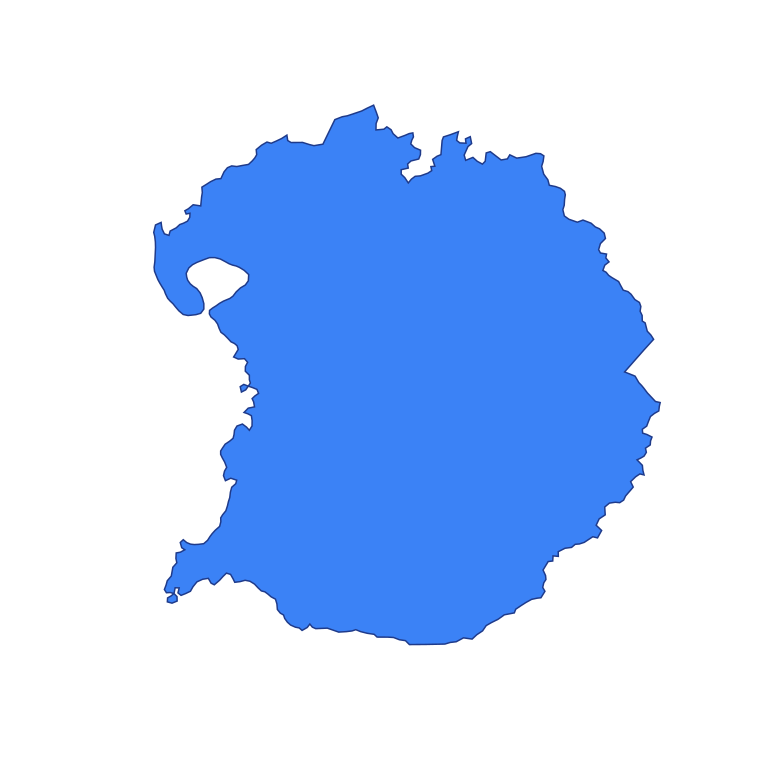 the district of São Mateus do Sul, Paraná, Brazil, rotated 73°
{"feature_id": "56859067B3883184769095", "entity_name": "São Mateus do Sul", "entity_type": "district", "adm_level": 2, "iso_a3": "BRA", "parent_name": "Brazil", "parent_adm1": "Paraná", "projection": "orthographic", "projection_center": [-50.464, -25.928], "detail": "fine", "context": "isolated", "style": "filled", "palette": "blue", "viewbox_px": 768, "rotation_deg": 73, "n_neighbors": 0, "source": "geoboundaries", "source_scale": "gbopen_adm2", "svg_char_len": 5812}
<svg xmlns="http://www.w3.org/2000/svg" viewBox="0 0 768 768"><g transform="rotate(73 384 384)"><path d="M599.8,267.7L595.3,266.4L594.0,258.9L595.1,252.4L593.2,248.0L594.1,243.9L594.0,238.8L591.1,229.0L593.6,224.8L587.7,218.7L581.1,222.4L575.9,217.7L573.8,210.7L566.2,208.9L563.8,203.3L564.7,197.4L566.4,193.3L565.1,188.8L561.7,185.7L559.6,182.4L557.5,179.0L555.4,175.8L549.5,176.7L546.3,170.5L544.8,165.6L547.0,161.9L542.3,161.7L537.3,160.7L530.5,164.2L529.9,160.1L529.0,156.4L526.1,153.1L521.8,152.7L520.1,147.2L516.3,145.7L513.1,143.2L509.2,147.3L506.6,151.0L502.8,150.2L501.1,145.1L497.3,142.2L493.0,138.7L491.2,134.0L490.1,129.1L485.8,127.2L482.5,125.3L480.1,129.5L469.6,134.7L464.1,136.7L460.7,138.1L457.2,139.9L449.9,141.6L442.8,150.4L427.4,125.4L420.1,113.1L415.1,114.5L410.5,116.8L401.9,116.4L399.3,118.6L393.9,117.1L389.3,117.8L384.9,115.7L380.7,115.9L376.6,119.4L370.4,121.5L367.0,123.7L364.2,127.8L358.9,128.9L354.6,129.7L348.9,134.9L345.8,137.4L342.1,138.9L339.4,141.5L334.9,138.1L333.0,133.1L328.3,135.0L324.8,133.2L322.0,138.7L318.3,139.5L313.0,136.0L309.6,129.7L304.1,129.3L298.6,132.5L295.6,136.0L290.8,138.9L285.4,145.8L285.8,151.8L280.5,159.0L276.0,162.4L269.6,162.0L265.8,159.4L260.2,157.3L256.1,155.3L252.5,155.1L248.4,158.1L245.3,162.3L242.3,167.8L236.6,167.6L230.0,169.9L221.9,169.6L217.8,166.8L212.6,164.4L209.5,167.0L207.8,171.3L208.2,181.7L206.8,191.0L201.6,196.7L204.8,200.2L204.0,206.5L192.9,214.4L192.9,218.7L200.6,222.1L202.5,225.6L198.3,229.7L193.3,232.7L194.0,240.5L188.5,240.4L181.5,234.3L179.7,229.9L172.7,229.2L173.4,234.4L177.7,235.2L175.6,241.0L172.3,243.3L168.6,241.5L164.5,239.1L165.0,248.0L165.1,254.9L168.1,257.2L181.3,262.5L181.7,266.7L183.4,271.8L190.6,271.7L189.8,275.6L193.9,276.0L195.2,280.4L195.6,288.3L194.5,293.5L196.1,297.9L198.8,302.0L192.7,303.8L188.4,306.2L184.1,304.9L184.6,297.7L180.5,297.1L178.6,293.0L179.0,285.0L175.3,282.1L171.1,280.7L166.9,285.7L162.2,288.2L158.9,286.1L156.3,283.6L152.3,283.0L151.9,286.7L152.4,291.6L152.8,298.8L147.3,302.1L142.9,302.9L138.9,306.1L140.3,309.6L138.7,317.4L132.6,315.4L127.8,311.7L122.1,311.9L114.3,312.4L115.3,319.5L116.4,325.6L116.8,340.7L116.2,345.8L116.8,353.7L136.8,372.3L135.6,381.3L133.3,385.2L129.2,391.2L125.9,402.3L123.0,404.9L117.6,404.1L119.3,410.1L120.2,416.2L120.8,421.5L118.4,425.2L119.8,431.2L122.5,437.7L127.5,438.7L130.0,441.4L132.1,444.7L134.4,449.4L133.6,455.6L133.0,461.2L130.9,465.9L131.4,470.5L134.3,474.9L139.9,479.9L138.9,484.8L139.8,490.7L141.2,495.6L142.5,500.6L147.9,501.8L151.7,503.7L160.1,507.2L156.8,514.1L159.2,519.8L160.1,523.8L163.6,523.5L164.0,519.6L167.8,521.0L170.8,524.3L171.6,528.8L171.8,532.7L173.9,537.0L175.2,543.8L179.0,546.2L176.2,550.1L171.1,550.9L167.7,550.5L164.3,549.9L165.1,556.0L171.7,559.9L175.8,560.1L181.3,561.1L186.7,562.6L193.7,565.1L199.8,567.3L205.1,569.7L209.1,570.5L213.8,570.1L218.1,569.7L222.0,568.9L226.0,567.9L230.0,566.8L233.8,566.6L238.8,565.8L242.1,564.3L245.6,562.3L248.9,561.0L254.0,558.8L258.8,555.7L261.2,551.4L261.9,547.8L262.7,543.6L262.8,538.6L259.7,534.4L254.5,532.8L248.3,532.6L243.2,533.2L238.0,535.2L234.7,538.0L231.6,540.0L227.4,541.4L224.0,541.4L220.3,540.8L215.9,536.7L213.9,532.2L213.0,527.3L212.4,519.7L212.1,514.0L213.7,508.7L216.6,504.0L220.5,500.1L223.8,496.9L226.0,494.1L227.9,490.9L230.2,488.2L234.4,484.5L239.8,481.4L245.7,483.6L248.8,487.7L250.1,493.1L252.7,498.4L255.8,502.7L257.1,506.3L257.8,513.3L258.8,517.8L260.1,521.5L261.2,525.6L262.6,529.3L265.9,530.5L269.3,529.9L273.7,527.0L278.0,525.6L282.7,525.4L286.9,524.8L290.3,522.3L294.7,520.0L298.9,518.0L301.5,515.2L304.4,513.3L308.3,513.3L311.1,516.4L314.2,519.9L317.5,516.2L319.0,510.0L323.4,508.1L326.7,511.4L331.2,512.9L336.3,510.2L340.6,511.5L344.0,511.5L346.4,514.4L349.1,510.6L352.0,507.1L356.3,506.7L357.6,510.8L359.4,514.4L362.9,513.9L368.0,514.5L367.4,520.9L370.3,526.2L372.7,522.9L375.5,520.1L380.4,520.8L385.6,522.5L388.9,526.3L385.0,528.1L380.9,531.1L381.2,536.9L384.5,540.5L388.5,542.2L391.8,544.2L393.6,548.5L395.1,553.5L397.9,557.0L400.3,559.8L403.6,560.8L407.5,560.2L412.1,559.2L417.7,558.8L420.7,562.0L424.7,564.3L430.1,563.9L429.3,558.1L432.9,553.0L436.0,554.9L438.2,559.8L442.5,562.5L447.5,564.7L450.9,567.1L454.7,569.3L459.0,572.3L461.9,576.6L464.3,579.3L468.0,580.3L472.1,582.8L474.5,588.1L476.8,592.0L479.0,595.0L481.9,598.4L484.0,603.1L483.1,608.3L482.1,612.3L480.6,615.8L478.0,619.0L474.2,621.5L476.0,625.2L481.4,625.3L484.3,623.0L485.3,627.9L484.8,632.1L490.0,634.0L494.4,634.4L497.5,639.5L502.4,642.0L505.5,643.6L508.8,648.8L512.6,651.2L516.3,654.1L520.0,653.1L520.9,649.4L523.0,646.1L517.8,643.3L519.1,639.5L523.5,642.1L526.8,639.9L526.4,635.0L525.6,629.7L522.0,625.9L518.5,620.7L517.7,614.5L518.5,608.8L523.9,607.6L526.4,605.0L523.6,598.6L520.9,594.1L518.8,590.0L521.2,586.4L526.1,585.3L530.0,584.7L530.9,579.5L531.1,574.2L533.4,569.9L537.5,566.3L542.2,564.0L546.0,561.8L547.9,558.7L551.0,556.4L554.5,554.2L558.0,550.7L563.0,550.7L568.5,551.9L572.9,550.1L575.5,547.6L579.2,547.5L583.6,546.0L587.2,543.8L590.6,539.9L592.5,536.4L595.7,534.4L594.4,528.6L591.9,525.1L595.6,523.6L598.0,520.8L600.9,509.6L605.2,503.7L608.0,499.9L609.8,492.4L610.8,486.7L610.7,482.8L614.0,478.7L617.5,472.9L620.5,466.6L624.0,464.6L627.2,454.3L629.2,449.0L633.1,444.0L635.7,438.5L640.6,435.9L645.1,420.8L650.5,401.8L650.5,396.3L651.6,390.3L650.0,382.2L653.7,374.3L650.9,368.6L648.9,361.9L644.9,356.9L643.6,351.2L642.3,343.5L639.9,336.4L641.0,326.3L637.9,323.9L636.1,318.1L634.4,312.0L633.1,305.8L633.6,300.1L634.3,296.4L629.3,290.7L624.9,291.7L620.8,289.3L618.3,286.3L614.4,285.5L608.4,286.3L601.8,278.9L602.6,274.4L597.8,272.6L599.8,267.7ZM523.0,646.1L524.4,649.6L525.3,653.5L529.0,654.9L531.6,650.8L531.1,645.3L526.8,644.1L523.0,646.1ZM346.4,514.4L343.4,518.2L344.5,522.3L350.0,522.7L349.2,518.0L346.4,514.4Z" fill="#3b82f6" stroke="#1e3a8a" stroke-width="1.5"/></g></svg>